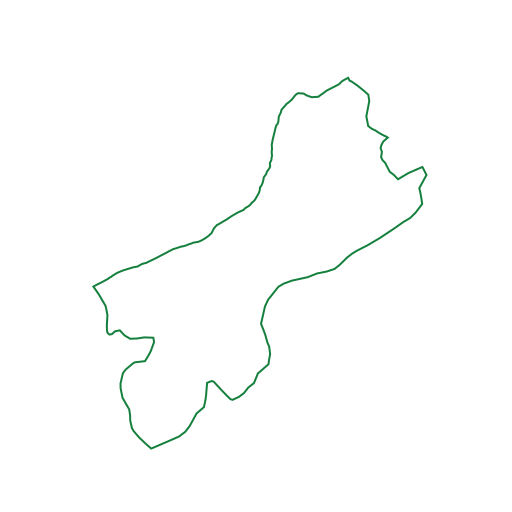 outline of Dishna, Qina, Egypt, rotated 153°
{"feature_id": "37247803B58798403168141", "entity_name": "Dishna", "entity_type": "district", "adm_level": 2, "iso_a3": "EGY", "parent_name": "Egypt", "parent_adm1": "Qina", "projection": "robinson", "projection_center": [32.452, 26.142], "detail": "fine", "context": "isolated", "style": "outline", "palette": "green", "viewbox_px": 512, "rotation_deg": 153, "n_neighbors": 0, "source": "geoboundaries", "source_scale": "gbopen_adm2", "svg_char_len": 3425}
<svg xmlns="http://www.w3.org/2000/svg" viewBox="0 0 512 512"><g transform="rotate(153 256 256)"><path d="M436.8,132.0L420.1,130.9L406.6,130.1L398.8,131.5L392.6,134.4L380.4,142.7L371.0,145.0L366.6,150.4L363.6,154.7L362.1,157.2L357.1,165.2L354.8,165.0L352.3,164.7L351.1,163.6L350.7,163.1L347.7,152.4L345.7,145.9L343.8,140.1L342.2,138.5L335.0,138.2L333.7,138.5L328.8,139.4L322.6,142.3L315.5,143.7L307.6,150.5L294.0,153.9L292.0,156.9L288.0,162.1L285.4,169.2L285.1,173.9L283.5,181.6L282.9,186.9L282.3,193.3L270.8,207.1L265.1,211.5L250.1,218.4L243.8,218.8L235.0,217.7L219.7,213.7L209.4,212.7L201.0,210.3L199.7,210.0L191.8,208.8L190.1,209.2L185.5,210.1L175.4,213.3L169.1,214.5L163.6,214.9L151.7,214.9L143.8,215.4L137.5,215.8L136.6,215.9L120.2,217.8L109.2,219.4L107.3,219.5L101.3,219.9L94.3,222.1L88.2,225.0L84.3,226.9L82.3,232.9L81.0,237.2L79.7,242.3L67.3,250.8L67.3,259.2L67.4,259.8L82.4,260.7L94.6,259.9L96.4,265.8L98.6,270.3L98.6,274.8L98.6,277.6L98.6,280.4L99.7,283.8L99.7,287.2L96.5,291.7L96.0,295.6L93.9,297.9L90.7,300.2L84.8,301.7L85.7,303.2L88.2,306.4L89.5,308.3L90.8,310.4L92.6,313.6L95.1,316.8L97.0,320.9L94.3,330.3L86.0,341.0L84.7,342.7L82.7,348.7L84.6,353.6L88.2,361.7L91.7,368.2L93.0,369.7L93.0,372.9L96.6,372.9L99.8,372.7L102.5,371.9L103.9,371.4L106.8,371.3L109.6,371.3L114.6,371.3L117.6,371.3L121.0,370.7L125.3,370.1L128.3,369.6L130.3,370.5L134.1,372.1L136.4,374.4L138.3,376.5L139.1,378.0L139.9,379.2L141.7,380.2L143.1,381.0L144.3,381.9L145.8,381.9L147.9,381.5L150.9,380.1L153.3,379.0L154.7,378.7L157.2,378.0L159.6,377.7L162.3,376.5L163.4,376.1L166.9,374.7L168.8,372.5L170.9,371.0L172.4,369.8L175.1,365.6L176.2,364.4L177.8,363.4L178.4,363.3L180.3,361.5L181.9,359.5L184.1,357.0L186.5,354.2L189.1,351.1L191.7,347.5L193.0,344.3L194.5,342.1L195.4,340.2L196.2,338.0L197.6,336.4L198.5,334.8L199.5,333.9L201.2,332.8L201.8,331.7L202.7,329.4L204.5,327.9L208.3,326.0L209.5,324.5L212.9,322.8L214.0,321.9L214.5,320.9L216.5,318.6L216.7,318.4L218.9,316.5L220.0,315.8L221.2,315.4L222.6,313.2L224.4,311.2L226.3,309.9L228.9,308.2L230.9,306.9L232.7,306.0L234.5,305.6L236.3,305.1L237.7,304.3L240.0,303.8L244.1,303.5L246.1,302.7L247.6,302.8L252.3,303.0L252.5,303.0L256.4,302.8L259.6,302.6L266.2,301.8L270.4,301.6L274.7,301.3L276.5,301.4L278.7,300.6L281.0,299.7L283.4,297.9L285.2,296.6L289.0,295.5L293.5,294.8L297.2,294.6L300.9,294.8L303.4,295.6L305.7,296.3L308.1,296.5L310.2,296.9L313.9,297.2L316.7,297.8L319.0,298.5L323.4,299.1L326.5,299.7L327.2,299.7L330.5,299.7L331.8,299.8L333.7,299.6L336.7,299.6L340.3,299.6L346.3,299.5L350.3,299.6L353.9,299.7L356.9,299.7L359.3,300.3L361.1,300.6L362.5,300.6L364.8,300.5L366.4,300.4L370.6,301.7L375.8,302.6L381.2,303.5L383.3,303.7L387.4,304.0L392.3,303.6L392.9,303.6L394.2,303.2L396.2,303.2L398.3,302.8L402.2,302.7L407.3,302.6L410.3,302.7L414.6,302.6L414.8,302.6L413.8,295.5L413.5,293.1L413.4,292.5L413.2,288.3L413.0,285.0L412.7,280.0L413.5,276.7L414.0,274.9L415.3,270.6L420.4,261.9L422.5,257.5L422.8,256.5L423.2,255.0L422.2,252.5L419.8,251.8L415.9,252.9L411.1,251.6L409.2,245.0L405.7,239.4L399.2,236.4L392.7,234.3L384.6,229.8L385.1,228.1L385.9,225.6L388.9,222.8L390.0,221.8L392.7,219.2L396.5,216.5L402.6,212.7L412.3,216.3L414.7,216.1L419.4,215.0L424.0,213.9L427.9,211.9L428.9,210.7L434.6,203.9L436.7,199.6L439.3,190.2L438.9,182.4L438.6,176.9L440.6,170.9L442.8,166.5L444.7,158.9L444.5,155.5L442.5,147.3L439.6,139.1L436.9,132.2L436.8,132.0Z" fill="none" stroke="#15803d" stroke-width="2"/></g></svg>